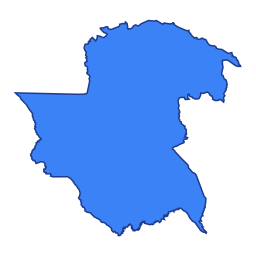 outline of North Gonja, Northern, Ghana
{"feature_id": "2480657B69696031481498", "entity_name": "North Gonja", "entity_type": "district", "adm_level": 2, "iso_a3": "GHA", "parent_name": "Ghana", "parent_adm1": "Northern", "projection": "mercator", "projection_center": [-1.377, 9.69], "detail": "fine", "context": "isolated", "style": "filled", "palette": "blue", "viewbox_px": 256, "rotation_deg": 0, "n_neighbors": 0, "source": "geoboundaries", "source_scale": "gbopen_adm2", "svg_char_len": 5810}
<svg xmlns="http://www.w3.org/2000/svg" viewBox="0 0 256 256"><path d="M15.4,92.9L18.1,95.6L19.8,96.5L20.8,98.9L26.6,104.9L28.9,108.9L32.4,113.4L32.5,116.4L33.5,118.7L33.4,119.4L33.8,120.3L34.7,120.9L34.9,122.6L35.5,122.8L35.7,123.8L35.1,124.7L35.2,126.4L34.8,126.8L35.6,127.4L34.6,128.6L36.1,131.5L36.0,132.2L36.8,132.7L37.0,134.4L38.2,135.1L39.4,137.3L41.2,138.8L40.9,139.6L39.1,140.1L38.9,141.4L37.8,141.1L37.4,141.5L37.5,142.4L36.1,143.0L36.5,144.0L34.8,146.8L35.2,147.4L34.4,149.1L33.6,149.0L32.0,151.2L32.1,152.0L30.6,154.7L31.1,155.3L30.8,156.0L31.9,157.0L31.7,158.7L32.1,159.2L33.1,160.4L33.4,160.1L35.0,161.1L36.1,163.5L40.8,161.8L42.9,161.9L44.0,162.5L45.0,163.6L44.9,165.9L46.1,166.5L46.1,167.4L45.3,168.0L45.5,168.9L43.8,169.2L43.8,171.7L44.5,172.3L46.1,172.5L45.9,173.6L46.5,173.9L50.5,173.8L50.9,174.4L50.6,176.1L51.9,176.2L52.3,176.8L67.6,176.7L70.5,178.5L72.8,181.0L75.1,184.6L76.5,185.7L77.9,188.3L79.0,189.4L80.2,193.0L79.6,195.9L78.5,197.8L79.7,199.6L80.6,199.7L81.0,200.3L80.8,201.5L81.4,203.2L81.1,204.6L82.9,207.2L83.9,207.1L85.1,209.2L84.9,210.8L87.0,212.1L90.5,212.9L94.2,216.8L99.6,219.6L101.4,222.0L103.0,222.5L103.8,222.3L105.5,223.4L107.0,225.1L108.6,225.8L111.6,228.5L111.6,230.3L113.1,231.8L113.7,232.1L114.5,231.4L115.2,231.7L115.6,232.9L117.5,233.0L118.2,234.4L118.2,235.5L119.8,235.5L119.9,235.0L120.7,234.9L121.4,233.2L122.6,233.3L122.7,232.9L121.9,232.3L122.1,231.6L123.4,231.4L123.9,230.9L122.8,229.7L123.2,229.1L123.0,228.5L123.8,228.6L124.0,227.8L124.4,228.7L125.1,228.6L125.0,227.7L126.3,226.9L127.5,227.0L127.8,226.1L129.0,225.6L128.6,224.9L129.9,224.1L130.7,224.5L131.3,225.9L131.8,226.0L131.5,226.3L131.7,227.4L132.5,227.7L132.3,228.4L131.7,228.3L132.1,229.0L132.6,229.0L132.8,230.0L133.4,230.0L133.3,229.4L133.9,229.7L133.6,230.7L135.2,230.7L136.3,229.8L137.3,230.0L137.2,229.4L137.8,228.9L137.5,230.0L137.9,230.2L138.8,229.6L138.7,229.0L138.1,229.0L138.4,228.5L139.4,228.8L139.3,228.0L139.7,228.0L140.2,226.4L140.2,225.8L139.6,225.7L140.8,225.5L140.5,224.6L140.1,224.7L140.3,224.1L140.7,224.6L141.0,224.1L141.6,224.2L141.7,223.4L141.2,222.8L141.8,222.3L143.2,222.5L143.8,221.9L143.4,221.4L144.8,221.3L144.6,223.3L150.0,224.7L151.4,224.2L151.9,224.5L152.0,224.1L153.2,224.4L153.7,224.0L154.0,222.6L155.1,222.6L155.3,221.7L156.0,221.8L156.2,221.1L156.9,221.6L158.0,221.0L159.6,222.5L160.9,221.4L161.4,219.2L162.4,218.9L164.2,219.4L163.4,218.3L164.0,217.7L163.7,217.2L164.3,216.5L164.0,216.2L165.1,216.0L164.8,215.5L165.7,215.9L165.6,215.4L166.1,215.2L166.0,215.9L166.9,215.3L166.6,216.3L167.6,216.0L168.0,214.6L167.6,214.3L168.7,213.6L168.1,212.7L168.8,211.7L170.6,211.8L171.8,210.9L173.1,211.0L173.6,211.5L173.5,210.4L174.8,210.7L175.1,209.9L175.9,209.4L176.5,209.6L176.5,209.2L178.7,209.5L179.0,208.9L178.6,208.4L180.2,208.1L182.0,209.1L183.5,210.6L185.6,211.6L187.8,213.9L189.8,218.0L192.5,221.1L195.0,222.5L200.7,230.5L203.2,232.1L204.9,232.3L206.1,233.3L206.5,232.5L206.2,231.9L203.3,229.0L202.4,227.3L202.2,226.7L202.9,226.7L202.1,225.7L201.9,224.2L199.5,222.3L199.3,221.4L199.5,220.8L201.4,221.2L200.4,218.5L202.1,215.8L203.0,215.7L202.1,213.6L203.2,212.7L203.0,211.5L203.9,210.7L204.4,208.1L204.7,208.2L205.2,207.1L205.1,204.2L205.6,203.4L205.9,198.4L204.1,196.3L196.1,174.9L194.5,173.2L192.5,172.4L188.4,167.6L188.4,166.2L187.8,164.8L181.0,158.1L174.9,151.5L174.5,150.5L172.5,149.2L172.7,148.1L174.1,146.8L177.1,146.0L179.4,144.5L183.8,142.7L184.2,142.0L183.5,140.9L183.6,140.0L184.5,139.3L186.9,139.0L187.6,137.6L186.0,137.3L185.8,136.8L184.9,136.9L185.6,136.1L185.2,135.1L185.9,135.1L186.5,134.0L186.0,133.5L186.4,133.0L186.1,130.8L186.3,129.5L185.0,128.4L184.9,126.0L183.7,125.8L182.6,124.5L181.4,123.9L181.1,121.8L180.0,121.4L179.5,119.3L178.5,117.8L179.4,116.7L179.4,115.8L178.9,115.0L179.2,114.5L178.7,113.5L179.7,112.8L179.6,111.3L178.3,108.3L179.1,105.4L178.5,103.9L178.1,100.9L179.1,98.0L180.8,97.4L184.3,97.4L184.6,98.7L185.5,99.5L189.1,99.2L187.8,97.8L187.7,95.2L189.4,93.5L189.0,94.8L190.1,96.5L192.2,97.1L192.6,97.8L195.1,99.0L198.1,98.9L199.1,98.4L200.6,95.3L200.8,93.1L203.3,93.4L207.2,92.1L208.7,92.8L209.8,94.9L211.0,95.9L212.3,96.2L212.8,99.3L213.2,99.6L215.1,100.5L217.5,100.5L220.4,99.4L223.6,102.1L224.1,100.0L223.6,99.3L223.6,97.4L224.9,95.7L223.8,94.2L224.0,93.1L226.2,89.8L225.8,88.9L226.8,87.6L226.5,86.0L227.2,84.8L226.2,80.2L224.1,78.7L223.0,75.5L222.0,75.0L221.5,74.0L223.0,67.4L222.4,63.6L222.5,60.5L226.6,59.9L228.8,60.8L235.8,65.8L237.0,65.8L237.5,66.4L240.6,66.4L240.2,65.3L239.2,64.7L238.2,61.3L236.7,59.3L236.3,58.0L235.2,57.0L233.4,56.9L232.9,55.8L232.4,55.8L232.8,55.3L232.1,54.5L231.8,52.6L228.1,53.4L222.0,49.5L217.8,49.0L216.2,48.0L216.2,47.2L214.8,46.0L210.0,45.4L208.2,43.8L205.7,39.5L204.3,39.4L202.6,38.2L201.3,38.4L200.3,39.2L197.4,39.2L197.3,38.2L196.6,37.6L195.5,37.5L194.5,38.2L190.8,34.6L190.6,33.4L189.7,33.3L188.7,31.3L189.1,30.9L188.8,30.3L187.7,30.8L185.6,30.3L177.3,26.7L173.8,24.3L174.1,23.5L173.5,22.8L172.7,22.8L172.2,23.6L170.0,24.0L164.2,23.0L163.9,23.7L163.3,23.6L162.7,24.3L156.3,20.5L154.5,21.1L148.5,20.5L141.1,23.8L138.7,25.8L138.0,25.9L135.6,24.9L133.7,25.8L131.7,28.3L130.1,28.9L129.0,28.6L128.2,29.1L127.5,28.3L127.6,26.0L127.0,23.3L125.4,22.0L125.1,23.7L123.1,23.5L119.8,24.2L119.6,25.5L118.7,26.6L111.1,29.5L108.5,28.9L107.7,26.9L106.3,26.7L103.3,27.9L100.4,28.0L100.3,28.7L103.8,32.4L107.0,33.7L107.0,34.5L105.5,36.4L104.2,37.4L102.7,37.5L100.2,36.3L97.3,35.7L97.2,38.2L95.6,40.9L92.4,37.4L90.2,39.4L90.1,41.3L89.5,40.8L88.4,41.7L88.4,43.8L85.1,44.3L84.1,47.9L84.8,50.2L86.3,52.3L85.6,55.2L86.9,56.6L85.8,57.8L86.8,58.6L86.6,60.4L87.1,61.5L85.2,62.3L84.7,63.0L85.3,65.8L86.8,66.4L87.7,67.3L87.3,69.7L87.8,71.0L87.0,72.6L87.3,72.7L87.0,73.5L89.7,75.8L89.8,76.8L89.1,78.6L89.7,81.0L87.2,92.9L86.6,93.5L83.8,94.2L78.0,94.3L15.4,92.9Z" fill="#3b82f6" stroke="#1e3a8a" stroke-width="1.5"/></svg>